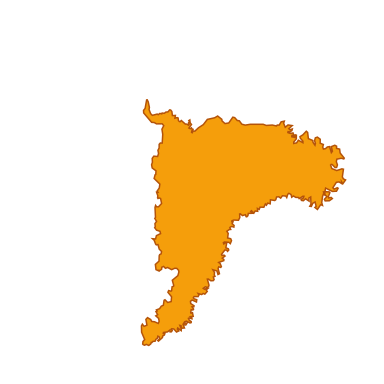 outline of Mphokojoana, Mokhotlong, Lesotho, rotated 228°
{"feature_id": "5366337B60583276922456", "entity_name": "Mphokojoana", "entity_type": "district", "adm_level": 2, "iso_a3": "LSO", "parent_name": "Lesotho", "parent_adm1": "Mokhotlong", "projection": "orthographic", "projection_center": [29.014, -29.041], "detail": "fine", "context": "isolated", "style": "filled", "palette": "amber", "viewbox_px": 384, "rotation_deg": 228, "n_neighbors": 0, "source": "geoboundaries", "source_scale": "gbopen_adm2", "svg_char_len": 6060}
<svg xmlns="http://www.w3.org/2000/svg" viewBox="0 0 384 384"><g transform="rotate(228 192 192)"><path d="M149.7,319.9L148.1,317.4L145.6,316.3L144.5,314.7L147.8,315.1L149.5,316.2L153.8,314.2L158.9,317.8L160.7,317.6L160.3,312.6L160.9,309.3L159.5,308.5L155.5,308.4L154.4,307.4L159.3,305.7L158.5,302.6L160.0,300.1L161.1,301.1L161.7,305.1L164.4,307.6L165.5,306.9L163.8,304.9L166.3,303.1L167.2,304.1L166.5,304.9L165.7,304.3L165.6,305.2L168.3,306.6L169.8,304.2L172.0,303.0L172.6,303.8L171.2,304.9L170.8,307.4L171.7,308.7L172.7,306.4L174.3,306.3L174.3,310.9L177.6,308.2L177.7,304.6L181.8,306.1L182.9,308.0L184.5,305.2L183.4,301.6L184.7,300.1L184.6,298.9L188.0,296.5L191.8,291.7L194.7,290.2L203.4,280.5L206.1,276.3L209.1,274.4L213.3,274.8L214.8,273.5L218.7,273.5L220.3,272.4L218.7,265.5L220.8,262.3L224.7,261.9L226.1,262.8L231.3,261.9L232.0,258.5L235.7,252.0L234.5,245.5L235.4,239.8L235.3,234.8L236.6,233.7L235.9,231.8L236.7,231.6L237.7,233.0L237.9,235.3L238.3,234.0L240.0,234.5L240.2,233.0L241.6,232.5L242.5,236.8L244.6,236.9L247.0,238.6L247.2,237.4L245.9,237.2L245.8,235.8L244.1,234.9L244.1,234.0L245.7,233.8L246.9,232.5L252.3,231.9L252.2,230.2L252.8,229.8L254.1,229.7L256.3,231.2L257.3,230.7L258.3,228.7L260.0,230.9L261.9,228.6L265.3,230.9L267.2,231.0L268.0,230.3L267.6,227.8L268.9,226.0L269.0,224.1L270.7,222.6L270.3,221.8L271.9,220.7L272.1,218.6L273.2,218.3L275.5,213.8L278.0,213.7L282.1,215.3L283.3,216.9L288.3,219.8L290.5,220.4L290.8,219.9L285.5,213.1L285.1,210.6L283.1,209.0L270.8,208.6L268.9,210.4L266.4,211.2L262.6,215.5L260.2,215.4L258.8,211.7L254.4,208.8L248.3,202.6L249.6,201.2L249.4,199.5L246.7,197.0L245.8,194.6L243.0,192.9L241.4,190.2L244.2,187.6L243.6,184.9L240.6,182.5L239.3,180.2L236.5,178.5L231.8,179.4L229.3,176.8L229.5,176.1L227.4,172.9L219.4,173.4L216.9,170.4L216.0,166.7L214.5,166.5L215.5,165.5L212.1,164.1L210.7,162.5L209.9,162.4L209.7,163.5L208.2,164.3L203.8,161.7L203.4,157.2L204.7,155.8L206.4,156.0L205.3,154.2L197.5,147.8L197.3,146.7L193.9,146.0L193.3,143.3L190.8,141.5L190.5,140.4L187.4,140.1L184.2,141.9L182.1,140.8L183.4,136.4L181.5,133.5L183.7,131.4L181.5,131.6L177.6,130.1L176.6,130.1L175.7,131.5L171.4,129.4L168.2,129.6L166.7,127.7L167.1,126.1L166.6,125.0L162.7,121.2L162.7,116.3L158.4,113.3L155.4,114.6L155.8,115.1L155.2,115.4L154.9,117.7L156.3,119.2L155.7,121.1L153.1,121.2L152.2,123.4L147.9,124.9L146.9,128.1L145.4,129.6L142.8,129.6L141.4,128.8L139.3,125.5L139.6,118.3L134.8,115.9L134.3,115.2L134.9,113.8L132.3,110.8L132.4,110.0L134.4,108.7L133.6,107.0L127.8,106.7L124.5,103.2L126.2,100.0L130.0,99.8L130.2,98.8L127.0,94.9L127.7,92.8L127.0,89.8L128.2,86.7L126.9,86.5L127.3,85.2L123.8,84.4L124.2,82.2L120.5,82.6L117.9,81.1L116.9,79.0L120.7,77.3L122.8,75.4L124.8,76.0L128.4,74.9L128.2,72.5L123.2,69.4L124.2,66.5L127.0,66.7L126.3,64.8L121.5,60.7L114.0,58.1L113.7,55.5L112.0,53.6L111.2,53.6L109.9,54.2L109.3,56.1L106.9,57.2L106.7,59.7L107.5,61.1L107.0,61.4L107.1,63.0L105.8,64.8L106.7,66.4L106.5,68.3L107.7,70.2L106.1,70.7L104.5,69.4L104.6,67.2L103.6,67.3L103.6,72.6L104.6,73.9L104.2,75.8L104.9,77.0L106.1,76.0L106.7,76.8L104.4,80.2L104.2,83.1L102.7,82.1L101.9,83.1L102.2,84.6L103.9,84.8L104.0,85.4L102.4,86.8L98.3,86.8L97.6,89.2L100.0,89.4L100.5,90.4L96.2,91.2L97.3,92.4L101.0,93.7L100.0,94.4L97.7,93.1L96.0,95.4L99.3,96.7L97.3,98.4L97.9,100.6L100.0,98.1L100.5,99.7L99.8,101.4L96.0,102.9L95.5,104.0L96.2,104.7L98.4,104.2L100.5,104.8L100.2,105.7L97.8,107.1L98.7,107.8L100.4,107.5L98.8,109.7L102.0,111.6L102.6,110.2L103.2,110.3L105.1,112.7L103.7,113.7L103.9,114.8L106.7,115.2L105.5,116.6L106.1,117.4L110.0,116.4L111.8,117.7L111.6,119.8L107.3,121.7L108.8,123.5L111.4,122.0L112.5,122.2L112.9,123.6L110.2,126.5L110.8,128.3L112.5,128.6L109.3,130.6L109.2,132.4L107.5,133.2L107.9,136.8L109.8,137.0L109.7,139.3L110.7,138.3L111.3,136.2L112.9,135.9L112.6,138.5L110.6,139.7L110.7,141.2L111.4,142.3L117.0,145.1L116.4,145.9L113.4,146.6L111.9,148.5L112.1,149.8L114.6,151.0L114.0,152.7L115.4,153.0L117.2,154.9L120.3,155.5L116.6,157.7L113.3,156.1L112.9,157.7L117.7,160.2L118.5,161.8L116.7,162.9L116.9,163.9L119.8,165.0L121.8,164.7L119.7,169.7L120.5,170.5L122.6,170.2L122.3,173.7L123.6,173.6L124.8,171.8L125.9,172.2L126.9,177.6L125.6,178.8L124.1,178.7L124.3,180.5L125.5,181.0L127.9,179.8L130.8,183.6L132.0,182.9L132.1,180.9L133.3,181.3L133.2,182.6L130.0,185.7L128.0,185.9L129.4,188.8L131.4,189.5L134.0,187.7L137.0,191.2L139.5,191.6L139.2,194.4L138.3,195.7L140.2,196.2L140.3,196.9L139.8,198.5L137.9,199.6L139.0,200.9L141.6,200.6L142.4,202.5L143.3,201.7L143.9,202.5L143.1,204.4L139.9,207.6L141.0,210.4L143.8,212.7L143.5,213.3L140.7,213.7L139.4,216.5L137.5,215.7L136.9,216.1L137.0,217.7L138.4,219.5L135.9,222.5L138.3,222.6L138.3,223.7L134.9,223.8L135.6,226.2L133.7,227.9L136.0,229.6L134.1,230.3L135.2,232.4L132.6,235.2L134.0,238.5L132.4,238.5L133.1,240.8L130.9,242.2L133.7,245.1L130.3,247.8L130.2,249.1L131.7,251.5L130.4,253.3L128.1,253.8L128.7,256.7L126.2,259.0L124.5,258.7L126.2,261.6L126.2,263.1L123.9,263.9L121.4,262.6L121.2,264.7L118.6,265.5L116.6,267.5L115.4,267.2L114.6,271.7L113.9,272.3L113.0,270.4L113.6,268.1L112.5,267.7L111.0,268.9L111.0,271.8L106.9,272.9L109.3,274.8L108.9,276.9L103.3,272.2L102.6,270.0L101.4,271.0L102.8,274.2L102.2,276.8L98.2,274.6L98.3,273.0L95.1,273.5L96.5,279.2L94.7,280.0L97.3,281.3L101.3,286.0L102.4,288.0L101.4,288.4L104.1,289.8L103.5,290.5L100.6,289.0L98.3,289.2L98.0,285.5L96.3,285.0L93.6,288.2L93.2,291.9L94.8,291.8L96.2,289.6L97.5,290.5L99.2,294.0L100.3,294.0L102.8,291.5L104.0,291.8L105.5,293.9L98.5,296.7L95.9,299.9L97.0,303.1L98.0,302.8L99.0,299.6L100.9,299.5L102.6,305.8L101.1,308.0L98.4,308.8L99.9,310.1L97.2,309.6L98.2,314.2L100.4,313.3L102.6,313.8L107.6,319.8L108.9,318.9L111.1,313.9L115.9,311.6L119.3,313.0L119.4,313.9L118.5,314.6L114.4,314.7L113.5,315.9L114.8,318.2L117.9,319.5L119.5,321.6L117.2,325.5L115.0,326.9L115.3,327.8L121.9,328.2L125.1,330.4L127.7,328.6L129.3,330.1L131.2,329.4L132.5,325.9L128.3,323.6L128.0,321.9L133.7,324.6L134.9,322.7L134.9,320.2L136.0,318.4L137.9,319.2L139.4,321.4L142.5,319.9L145.4,322.6L148.9,321.9L149.7,319.9Z" fill="#f59e0b" stroke="#b45309" stroke-width="1.5"/></g></svg>